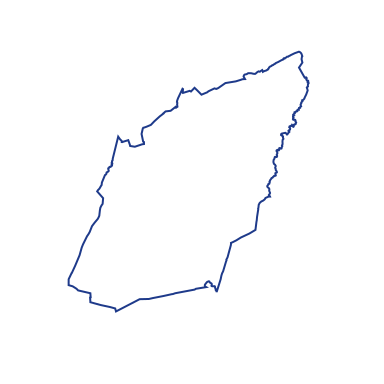 Annas pag., Aluksne, Latvia, rotated 163°
{"feature_id": "27541924B70085660000419", "entity_name": "Annas pag.", "entity_type": "district", "adm_level": 2, "iso_a3": "LVA", "parent_name": "Latvia", "parent_adm1": "Aluksne", "projection": "orthographic", "projection_center": [26.969, 57.339], "detail": "fine", "context": "isolated", "style": "outline", "palette": "blue", "viewbox_px": 384, "rotation_deg": 163, "n_neighbors": 0, "source": "geoboundaries", "source_scale": "gbopen_adm2", "svg_char_len": 5879}
<svg xmlns="http://www.w3.org/2000/svg" viewBox="0 0 384 384"><g transform="rotate(163 192 192)"><path d="M318.0,164.4L325.4,155.5L330.6,149.7L330.8,149.7L335.4,144.7L335.6,144.2L337.2,139.0L333.7,136.7L331.2,133.8L330.6,133.0L329.7,131.2L318.8,124.9L319.7,120.9L320.3,120.9L321.4,116.3L312.2,110.5L304.1,106.0L299.5,103.1L299.6,100.0L273.4,104.8L264.5,102.3L260.3,102.0L249.9,100.9L241.2,100.2L240.1,100.0L237.7,100.1L218.0,97.9L216.6,98.3L206.2,96.9L206.9,97.7L207.1,98.2L207.1,98.8L206.9,99.3L206.6,99.7L204.6,101.1L203.7,101.6L202.0,101.7L201.6,101.4L201.4,100.4L201.1,99.8L200.5,99.3L200.1,98.8L200.0,98.4L200.2,97.5L200.7,96.9L200.8,96.6L200.8,96.4L200.6,96.2L199.8,95.8L197.9,95.3L197.7,94.9L197.8,94.5L197.9,93.3L197.7,92.2L198.0,91.5L198.0,91.2L197.6,90.3L197.6,89.9L197.7,89.1L190.1,100.2L188.3,103.5L187.0,105.4L185.4,107.1L179.9,115.4L178.9,116.7L178.9,117.3L177.5,118.7L177.0,119.3L170.4,129.8L169.7,131.4L169.6,131.9L167.8,132.1L163.8,132.8L158.5,134.2L149.3,135.5L142.4,137.2L139.1,144.6L138.4,145.9L137.1,149.1L133.7,156.1L133.6,156.9L133.2,157.3L131.9,160.3L130.4,161.8L128.4,162.7L126.8,162.9L125.1,163.5L124.5,163.8L123.5,164.8L120.3,165.2L119.6,165.1L118.7,164.8L118.7,165.0L119.1,165.8L119.5,166.2L119.5,166.4L119.4,166.7L118.5,167.3L117.7,168.1L117.6,168.5L117.8,169.8L117.8,170.7L117.3,171.8L117.2,172.8L117.4,173.2L118.3,174.6L118.4,175.3L118.2,175.8L117.1,176.6L116.6,177.3L116.0,177.2L115.5,177.4L115.3,178.1L114.8,178.6L114.8,179.4L114.1,179.9L113.9,180.4L112.4,181.5L112.0,181.7L111.8,182.1L110.7,182.2L110.3,182.6L109.9,182.8L109.6,182.8L109.2,183.2L108.7,183.4L108.2,183.2L107.2,183.2L107.0,183.4L107.0,185.0L106.8,185.6L105.2,185.9L105.0,186.1L105.0,186.9L105.5,188.6L105.3,189.3L105.2,190.0L105.4,190.5L105.3,191.1L104.6,191.9L104.3,192.4L104.6,193.8L105.4,195.0L105.4,196.8L105.1,197.6L104.5,198.9L103.5,199.7L102.7,201.1L102.4,201.3L102.0,201.2L100.8,200.7L100.6,200.8L100.1,201.4L100.0,201.9L100.1,202.5L100.0,203.1L99.5,203.5L98.9,204.3L99.0,205.8L99.2,206.5L99.0,207.0L98.3,207.3L97.8,207.3L97.2,206.5L96.9,206.4L96.5,206.6L96.2,206.9L96.1,207.1L96.1,207.8L95.7,208.4L95.2,208.4L94.6,207.7L94.0,207.4L93.7,207.4L93.6,207.5L93.6,207.8L93.1,208.5L92.2,209.5L92.4,210.2L91.4,211.3L90.6,214.2L89.9,215.6L89.1,216.0L89.0,216.3L89.1,217.3L89.1,217.7L88.8,218.3L88.7,218.6L89.4,219.4L89.3,219.9L89.4,220.1L90.0,220.2L90.2,220.5L89.8,221.3L89.3,221.6L88.8,221.6L85.4,221.3L85.0,220.8L84.7,220.2L84.6,219.6L84.4,219.2L84.0,219.2L82.5,220.4L81.3,221.0L81.3,221.3L81.8,221.7L81.9,222.3L81.5,222.6L80.0,223.0L79.5,224.2L79.5,224.5L79.7,224.8L79.7,225.1L79.8,225.4L80.0,225.5L79.6,226.2L79.2,226.3L78.8,226.2L78.3,226.4L77.7,226.1L76.9,226.8L76.7,226.0L76.4,225.6L76.3,225.0L76.2,224.8L76.0,224.7L75.8,225.0L75.4,225.2L75.2,226.0L75.4,226.4L75.3,226.5L74.5,226.6L74.0,226.4L73.0,226.8L73.1,227.1L72.1,227.9L72.1,228.3L72.5,229.2L72.1,230.1L72.2,230.7L72.7,231.2L73.7,231.3L74.1,231.6L74.2,232.2L73.9,232.7L73.6,233.2L73.2,233.4L73.3,233.8L73.5,234.2L73.3,234.8L73.1,235.2L72.3,235.3L72.7,235.9L72.7,236.3L71.9,236.8L71.1,236.9L70.7,237.2L70.6,237.5L70.8,238.1L70.7,238.3L69.8,238.3L69.6,238.1L68.6,238.8L68.1,238.8L67.8,238.5L67.6,238.6L67.7,239.1L67.0,239.8L66.5,239.8L65.8,239.4L65.7,239.6L65.6,240.1L65.1,241.1L64.7,241.1L63.9,240.9L63.6,241.4L63.4,241.9L62.6,242.1L62.7,243.0L62.7,243.6L62.2,244.3L61.6,244.7L61.5,245.4L61.1,245.7L60.9,246.0L59.9,246.4L59.9,246.8L59.9,247.5L58.6,247.6L57.2,248.5L56.7,249.3L54.4,251.7L51.7,255.3L51.6,256.9L51.7,258.3L51.4,258.6L50.8,258.7L50.2,259.1L50.1,259.9L49.6,261.1L48.7,261.9L48.6,262.3L48.8,262.6L49.4,263.0L49.2,263.9L48.4,264.1L48.4,264.4L49.1,264.7L49.5,265.2L49.6,265.7L49.8,266.0L49.7,266.7L49.2,266.9L49.0,267.5L49.4,268.3L50.8,268.4L53.3,279.7L48.6,283.5L48.4,287.0L47.1,289.6L46.8,289.7L46.9,291.9L47.0,292.6L47.6,293.9L48.7,294.9L53.2,294.7L57.8,294.0L58.3,293.8L59.4,293.7L60.5,293.3L61.5,293.6L62.9,293.0L63.7,293.0L64.1,292.6L65.2,293.0L65.6,292.7L65.3,292.4L65.8,292.1L67.9,291.9L71.7,291.1L74.2,290.8L74.7,290.6L74.8,290.4L76.5,290.1L77.0,289.8L77.5,289.7L78.1,289.8L78.7,289.6L79.1,289.3L80.7,289.1L81.8,288.6L82.8,287.5L83.1,287.5L83.2,287.2L83.6,286.9L84.9,286.7L85.2,286.5L87.5,286.5L89.0,286.2L88.9,286.9L89.2,288.1L92.0,287.2L93.1,287.9L94.7,287.5L96.1,286.8L97.2,286.5L98.9,287.2L100.5,288.2L103.5,289.2L105.3,288.7L107.3,288.9L108.2,288.4L108.9,287.4L108.3,284.5L109.8,284.9L111.1,285.1L112.7,285.0L117.8,285.0L128.2,286.4L136.6,283.7L138.0,283.6L138.3,283.4L139.1,283.7L140.0,284.4L140.2,284.5L146.9,283.5L148.2,282.9L154.5,282.3L157.0,287.1L159.1,290.9L163.6,288.4L164.6,289.4L171.7,289.4L171.8,289.9L170.5,293.0L170.9,293.5L177.9,285.8L179.5,283.7L180.1,282.5L179.9,282.1L180.3,280.6L180.6,280.3L181.0,277.8L182.6,277.3L182.8,278.2L188.7,275.9L193.7,276.8L196.6,275.5L196.5,275.3L200.6,273.8L207.4,270.6L211.7,268.2L216.5,267.7L219.2,267.6L219.8,267.7L220.5,267.1L223.3,262.2L223.3,261.9L223.8,256.4L224.0,254.5L223.4,254.0L223.5,253.1L223.9,251.9L225.7,252.2L233.4,252.0L237.7,254.1L237.6,255.3L237.8,260.2L242.6,260.2L244.1,260.1L244.6,260.3L244.3,261.3L244.4,261.6L245.4,263.4L246.4,266.5L257.9,247.3L258.2,246.7L258.6,245.6L259.5,244.9L259.6,244.5L259.6,244.1L260.3,243.4L260.3,243.2L259.9,242.7L259.9,242.4L260.2,242.2L260.7,242.1L260.8,241.9L260.5,241.4L260.8,240.9L260.8,240.6L261.2,240.4L261.8,240.4L262.0,240.3L262.1,240.0L262.6,239.8L263.3,240.1L263.7,240.0L264.0,239.8L264.2,239.4L265.1,239.2L265.3,238.9L265.4,238.2L265.4,236.8L265.5,236.5L266.3,236.0L267.9,235.7L268.2,235.3L268.3,234.9L268.6,234.4L269.7,233.7L270.3,233.6L275.4,227.4L276.4,225.1L277.4,224.3L279.5,222.3L281.5,221.2L282.5,220.3L278.8,212.1L280.8,207.1L281.3,206.4L282.4,205.7L283.3,204.7L284.2,203.8L285.4,201.5L287.6,196.4L288.7,195.1L290.0,193.8L294.0,191.2L297.6,188.6L301.5,183.7L303.4,181.9L305.3,180.4L311.6,173.7L313.7,171.1L318.0,164.4Z" fill="none" stroke="#1e3a8a" stroke-width="2"/></g></svg>